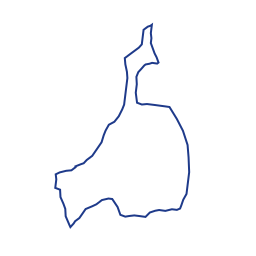 Pukchang, P'yŏngan-namdo, North Korea (Natural Earth projection), rotated 97°
{"feature_id": "82179303B65927505203644", "entity_name": "Pukchang", "entity_type": "district", "adm_level": 2, "iso_a3": "PRK", "parent_name": "North Korea", "parent_adm1": "P'yŏngan-namdo", "projection": "natural_earth1", "projection_center": [126.287, 39.559], "detail": "fine", "context": "isolated", "style": "outline", "palette": "blue", "viewbox_px": 256, "rotation_deg": 97, "n_neighbors": 0, "source": "geoboundaries", "source_scale": "gbopen_adm2", "svg_char_len": 1347}
<svg xmlns="http://www.w3.org/2000/svg" viewBox="0 0 256 256"><g transform="rotate(97 128 128)"><path d="M22.6,116.9L23.8,118.2L25.0,120.7L28.6,124.5L32.3,124.5L37.2,124.5L43.3,124.5L46.9,127.0L50.5,130.8L54.1,134.6L59.0,139.7L65.1,138.4L72.4,135.9L78.5,134.7L84.6,134.7L96.8,134.7L105.3,134.7L110.2,136.0L117.5,138.6L123.5,142.3L127.1,147.4L133.2,149.9L138.1,151.2L145.4,152.5L152.7,156.3L160.0,160.1L164.8,165.1L168.4,167.7L169.6,170.2L172.5,175.5L173.2,175.2L176.9,179.0L178.0,184.1L180.4,190.4L182.8,194.1L187.7,192.9L191.4,192.9L196.3,192.9L197.5,187.9L204.8,186.6L211.0,182.9L215.9,180.4L223.2,179.1L231.8,174.1L233.4,173.1L229.4,170.3L226.9,169.1L223.3,165.3L218.4,162.7L213.6,160.2L210.0,153.9L207.6,150.1L202.7,145.1L200.4,138.8L200.4,135.0L207.7,128.7L215.1,125.0L216.3,119.9L215.2,116.1L214.0,111.1L214.0,106.1L214.1,99.8L209.2,96.0L206.8,90.9L205.6,87.1L205.7,80.8L203.3,74.5L203.3,69.5L201.6,66.5L198.5,65.7L192.4,64.4L186.3,61.9L175.4,61.9L164.4,61.9L149.8,64.3L137.6,66.8L124.1,73.1L113.1,80.6L102.1,89.4L102.0,94.4L101.9,104.5L101.9,112.1L103.0,117.1L101.8,122.1L92.0,124.6L83.5,124.6L76.2,125.9L71.3,124.6L67.7,122.0L64.0,119.5L62.8,118.3L61.6,114.5L60.4,112.0L60.5,106.9L59.3,105.7L54.4,108.2L50.7,110.7L45.8,113.2L40.9,115.7L36.0,115.7L31.1,116.9L25.1,116.9L22.6,116.9Z" fill="none" stroke="#1e3a8a" stroke-width="2"/></g></svg>